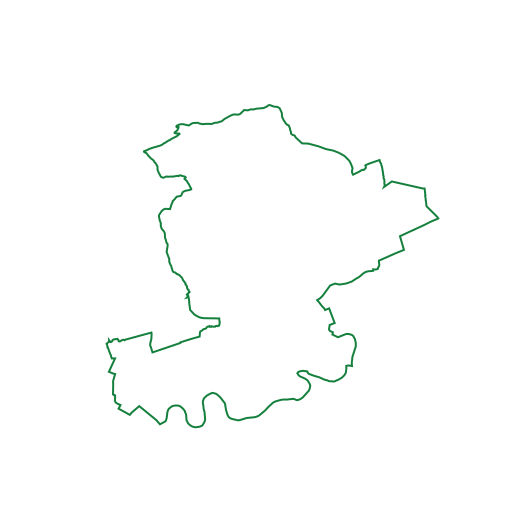 outline of Valea Vinului, Satu Mare, Romania, rotated 159°
{"feature_id": "2599482B77200705229767", "entity_name": "Valea Vinului", "entity_type": "district", "adm_level": 2, "iso_a3": "ROU", "parent_name": "Romania", "parent_adm1": "Satu Mare", "projection": "natural_earth1", "projection_center": [23.187, 47.68], "detail": "fine", "context": "isolated", "style": "outline", "palette": "green", "viewbox_px": 512, "rotation_deg": 159, "n_neighbors": 0, "source": "geoboundaries", "source_scale": "gbopen_adm2", "svg_char_len": 6138}
<svg xmlns="http://www.w3.org/2000/svg" viewBox="0 0 512 512"><g transform="rotate(159 256 256)"><path d="M283.9,404.7L282.1,404.4L282.0,404.2L282.6,403.3L284.4,401.5L287.7,400.5L287.9,400.1L287.7,399.8L286.1,398.7L283.7,397.8L283.7,397.3L287.0,396.2L293.2,395.6L295.1,395.0L296.1,395.2L300.5,394.2L302.1,394.2L303.2,393.6L306.0,393.4L313.7,394.1L317.5,394.2L319.9,393.9L323.0,393.9L323.2,393.6L323.1,393.0L321.5,391.4L320.4,387.7L319.0,384.6L317.8,382.7L317.3,381.5L317.2,380.2L316.4,378.4L315.9,374.7L316.7,372.8L317.1,371.0L317.0,369.1L316.4,364.0L315.0,362.6L314.5,362.3L311.2,362.3L310.5,362.1L310.0,361.6L307.0,360.7L305.5,360.0L300.2,358.9L299.9,358.4L297.7,358.5L295.9,356.9L294.3,355.9L293.5,355.0L293.4,354.5L295.1,353.6L293.5,350.4L293.6,349.3L293.0,347.3L292.6,343.5L292.4,342.2L292.5,341.5L292.8,341.4L294.5,341.5L298.9,342.2L301.0,342.0L301.6,341.8L303.9,339.5L305.0,339.1L308.9,339.8L311.5,338.2L314.1,337.1L314.7,336.1L316.6,334.3L319.4,330.6L323.6,332.5L325.6,332.6L327.9,331.8L331.4,329.3L332.2,328.4L332.5,327.3L333.1,323.8L333.1,320.7L334.1,318.3L334.3,315.3L333.1,311.8L333.0,310.2L333.4,308.4L334.2,306.4L334.4,305.0L334.4,303.0L334.7,301.6L334.7,300.1L334.3,299.2L334.5,298.2L334.9,297.1L338.0,291.8L338.1,284.1L339.1,281.7L338.9,280.5L339.1,280.0L339.0,279.3L339.1,278.8L338.7,277.2L338.9,276.1L339.2,271.4L338.3,270.1L337.2,269.4L336.6,268.0L335.8,267.3L335.9,267.1L334.5,265.8L332.9,262.1L332.7,259.2L332.0,257.3L331.9,256.1L331.6,255.8L332.0,254.5L331.7,254.1L331.3,252.3L331.8,251.1L331.8,250.1L331.7,249.4L331.1,248.8L331.3,247.7L330.9,246.2L331.2,245.9L331.8,246.1L332.4,245.6L334.4,244.8L334.3,244.3L333.5,243.7L333.6,243.0L335.4,242.0L333.7,241.9L334.1,239.6L335.3,235.5L336.8,229.2L334.5,223.4L331.6,219.8L329.7,218.2L327.1,216.7L312.7,210.9L313.5,208.4L313.4,207.6L313.9,206.5L315.3,204.3L315.8,204.5L316.7,204.2L317.5,204.5L318.1,205.0L319.2,205.0L319.5,204.7L321.5,205.4L322.5,206.3L323.0,206.3L323.3,206.0L324.3,206.4L324.1,206.6L324.5,207.2L325.0,207.0L325.4,207.3L326.5,207.4L327.4,207.1L328.8,206.2L331.3,206.5L333.0,205.8L334.9,205.5L335.5,205.1L337.5,201.0L347.5,201.9L357.5,202.5L357.8,201.9L387.2,203.1L386.8,208.4L386.9,210.1L386.6,211.1L386.1,212.2L383.4,216.1L381.2,221.1L381.1,222.0L407.8,224.7L409.0,224.5L409.2,224.9L409.7,225.3L410.9,225.5L413.8,225.0L414.7,225.6L414.6,227.2L415.1,228.3L415.8,228.2L417.0,228.8L419.3,229.1L420.0,228.9L420.7,228.0L422.5,227.6L423.1,228.1L423.0,229.0L423.3,230.0L423.5,229.3L424.5,228.5L426.9,227.7L427.0,224.6L427.5,223.8L427.1,223.2L427.1,222.6L427.2,219.1L427.1,215.0L427.3,214.2L427.4,212.1L424.3,210.9L434.8,200.6L431.2,197.2L429.8,196.3L433.9,190.9L434.7,189.3L435.1,187.9L439.1,178.0L437.9,176.9L438.1,176.6L437.6,176.3L438.1,174.6L439.5,171.8L439.6,170.1L439.0,168.7L438.3,167.8L435.9,165.4L439.0,162.7L430.7,152.9L428.3,154.3L418.8,157.7L407.8,138.4L406.0,133.3L400.3,134.0L399.2,134.5L397.6,136.5L394.6,142.1L393.2,143.8L392.1,144.6L388.9,145.7L387.3,145.8L384.4,145.2L382.1,144.1L380.7,142.9L379.6,141.1L378.6,139.0L378.1,137.1L378.1,132.9L379.7,127.7L379.4,124.1L378.0,121.4L376.5,119.5L374.0,117.8L369.7,116.8L366.8,117.0L364.1,119.1L362.8,120.5L362.0,121.8L359.9,129.1L359.7,131.9L358.8,135.1L358.4,137.4L357.6,139.5L355.7,141.7L352.2,143.2L350.3,143.6L346.7,143.9L345.4,143.7L342.8,141.8L341.8,140.4L340.0,136.9L338.0,130.2L337.9,129.0L339.2,122.9L339.5,117.7L339.3,115.8L338.6,114.3L337.1,112.7L331.8,109.1L330.0,108.6L322.7,108.1L314.7,105.9L312.4,105.8L310.2,106.0L302.9,108.5L298.9,110.5L292.9,112.9L290.5,113.3L284.7,112.8L281.9,112.2L278.9,111.0L272.4,109.3L271.4,108.6L269.7,106.9L268.5,106.5L265.8,106.5L262.8,107.3L255.0,111.3L253.8,112.4L251.9,115.3L251.7,116.6L251.8,118.1L252.5,121.6L254.2,124.0L258.2,128.0L259.0,129.6L259.4,131.7L258.7,132.3L257.2,132.6L255.7,132.5L253.4,132.0L251.4,130.9L250.0,130.3L249.5,129.8L249.6,128.5L248.8,126.9L244.4,123.1L240.4,120.1L236.3,115.9L233.9,114.3L232.9,113.1L228.0,110.8L223.3,111.0L219.6,111.6L216.5,112.9L214.9,114.0L213.8,115.1L211.9,118.7L211.2,121.0L209.1,120.8L205.8,118.9L204.9,121.9L202.1,127.3L195.2,135.9L194.0,139.1L193.4,142.9L193.8,146.1L194.3,147.2L195.0,148.2L197.3,149.9L198.8,150.6L200.2,150.9L208.6,150.8L212.8,155.3L211.9,156.5L211.6,157.3L213.6,159.2L214.0,160.1L214.2,161.0L213.9,161.8L211.9,165.2L206.6,165.2L206.5,180.9L210.9,180.8L211.0,182.1L211.3,183.2L212.4,185.6L213.7,190.2L214.7,192.9L211.2,193.6L208.2,194.9L197.3,201.9L192.1,201.9L188.8,199.7L187.8,199.3L181.7,198.0L178.6,197.9L175.9,197.8L169.9,199.1L167.4,199.4L162.0,201.3L159.5,201.8L156.6,201.5L152.2,200.2L151.9,200.2L151.4,201.6L149.5,200.6L147.0,200.2L146.2,201.4L145.0,202.2L144.1,203.4L143.4,206.3L142.9,207.6L125.4,208.5L115.7,208.7L114.5,222.9L87.3,224.7L80.5,225.4L72.4,225.7L72.7,227.4L78.9,241.2L78.8,242.2L77.7,246.1L77.6,247.4L77.1,248.5L76.6,251.3L76.3,251.9L76.0,252.0L76.0,252.5L74.4,258.6L76.1,259.3L79.6,261.6L102.5,276.9L111.6,274.6L110.9,275.3L110.3,276.5L110.3,277.4L109.2,280.0L108.8,281.9L109.0,282.5L109.0,283.2L108.2,284.7L108.3,285.9L107.9,287.3L107.7,287.5L107.4,289.5L107.2,289.8L107.2,291.0L106.8,291.9L106.4,294.5L106.4,295.7L106.1,297.4L106.5,298.7L106.3,301.3L116.1,301.7L120.6,301.6L121.4,301.4L121.6,301.2L121.5,300.3L121.7,299.3L122.1,298.7L124.5,297.7L125.9,298.4L129.0,297.8L136.2,297.1L136.4,299.0L136.3,300.0L135.5,301.7L134.4,303.3L134.3,306.5L134.6,310.6L134.9,311.8L137.4,317.4L138.0,318.3L141.9,322.9L146.2,326.8L152.3,330.7L158.5,336.1L166.9,342.2L172.6,344.6L176.4,352.3L176.8,354.7L178.3,355.8L179.4,357.4L179.2,358.5L178.9,359.2L178.9,361.9L178.6,362.7L178.6,365.7L178.8,366.4L179.7,367.1L180.2,368.0L180.8,369.6L181.5,372.8L181.8,376.5L180.7,380.1L180.7,381.6L181.0,385.6L182.6,387.5L185.8,389.1L189.0,392.0L190.6,392.2L192.5,391.6L195.8,391.4L202.5,393.3L206.2,393.8L208.3,394.8L211.4,394.9L214.7,396.5L219.9,394.3L222.0,394.3L225.1,395.8L226.6,396.2L229.4,396.2L236.3,395.2L239.6,394.1L244.5,394.4L247.1,395.2L249.9,395.1L254.8,397.1L258.8,398.3L261.7,400.2L262.2,401.0L262.6,401.2L266.6,402.6L268.6,402.7L271.9,401.9L276.7,405.1L278.4,405.8L280.2,406.2L283.0,406.1L283.9,405.6L283.9,404.7Z" fill="none" stroke="#15803d" stroke-width="2"/></g></svg>